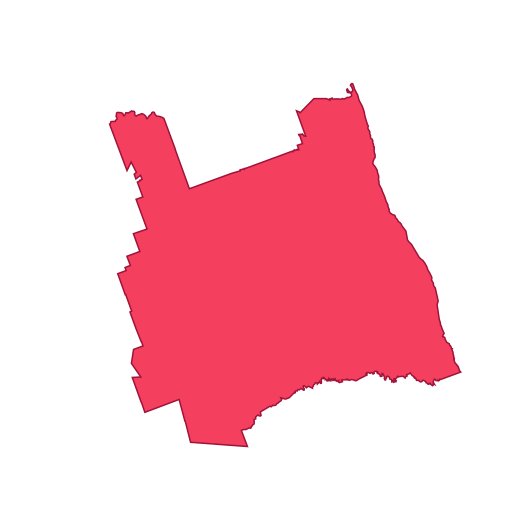 outline of Colón, Córdoba, Argentina, rotated 160°
{"feature_id": "61730980B91207709402211", "entity_name": "Colón", "entity_type": "district", "adm_level": 2, "iso_a3": "ARG", "parent_name": "Argentina", "parent_adm1": "Córdoba", "projection": "equal_earth", "projection_center": [-64.251, -31.181], "detail": "fine", "context": "isolated", "style": "filled", "palette": "rose", "viewbox_px": 512, "rotation_deg": 160, "n_neighbors": 0, "source": "geoboundaries", "source_scale": "gbopen_adm2", "svg_char_len": 6043}
<svg xmlns="http://www.w3.org/2000/svg" viewBox="0 0 512 512"><g transform="rotate(160 256 256)"><path d="M108.9,384.0L108.3,382.2L108.2,378.8L109.7,377.5L110.8,377.2L111.9,378.5L112.6,379.7L112.9,381.7L113.6,381.6L114.0,381.2L114.1,378.4L111.7,377.1L111.2,376.5L111.1,375.9L111.0,374.8L111.4,373.8L113.1,373.3L114.7,373.3L116.0,373.8L119.6,373.3L120.8,374.4L122.9,374.3L124.3,375.2L130.5,377.4L130.4,378.3L133.2,378.4L133.2,377.2L136.2,379.9L147.7,384.1L165.6,375.5L166.0,376.6L168.3,378.6L168.3,351.6L169.9,352.5L170.6,354.8L171.5,354.7L174.3,355.6L174.3,354.4L174.8,354.2L173.7,354.5L173.9,345.7L179.3,345.9L179.4,341.2L179.9,341.2L179.9,341.8L181.0,342.1L181.1,341.6L183.0,342.2L183.3,341.9L183.8,342.6L185.6,341.3L186.0,342.1L235.0,341.9L237.1,342.2L237.4,341.4L238.4,342.1L241.6,342.4L241.8,341.4L250.3,342.0L295.6,342.0L295.5,383.0L295.3,384.0L295.5,416.8L296.0,417.0L296.4,418.1L299.3,420.4L301.6,421.5L302.5,424.1L302.4,425.6L303.5,426.5L304.9,426.3L305.7,425.3L308.9,424.0L311.0,422.3L311.7,422.4L311.8,425.3L313.1,427.5L314.5,428.8L319.6,428.8L320.3,428.3L321.0,428.8L321.5,429.4L321.5,430.6L320.8,432.3L320.9,433.3L321.6,434.0L322.7,434.1L323.3,434.9L326.8,434.1L329.4,435.1L331.0,433.3L332.2,433.0L332.5,433.3L332.4,435.5L332.7,435.8L333.9,436.9L337.0,438.3L338.2,438.0L339.3,435.5L339.6,435.4L339.7,434.5L339.4,433.4L339.7,432.2L341.5,431.5L342.1,430.7L346.3,431.9L347.6,430.2L348.5,430.0L348.0,380.4L341.2,387.0L339.8,375.5L342.5,374.5L342.5,369.5L336.9,371.3L336.9,366.9L339.6,366.9L339.6,366.0L342.2,366.0L342.2,350.2L349.3,350.3L349.2,318.6L363.6,318.9L363.6,300.0L377.4,299.9L377.3,290.1L383.0,290.0L383.0,286.7L392.0,286.7L392.1,264.3L391.6,264.3L391.7,246.7L393.6,246.5L393.6,229.6L393.2,214.9L392.9,214.8L393.0,210.1L403.0,210.1L409.8,197.7L405.6,181.7L413.8,184.2L413.9,157.9L413.7,157.6L413.9,147.1L377.3,147.5L379.3,125.1L379.0,124.8L381.2,103.3L329.2,79.9L329.4,97.1L327.2,97.2L324.8,96.4L321.4,96.8L319.9,96.0L319.2,96.5L318.9,97.3L318.0,97.5L317.1,98.3L315.6,98.6L314.7,99.7L314.6,100.8L314.2,101.1L314.1,102.1L313.6,103.1L312.0,103.0L311.3,105.0L308.6,105.9L307.9,104.9L306.7,104.1L305.8,104.4L305.2,108.0L294.2,110.1L293.4,109.1L291.1,110.0L290.4,109.3L288.4,109.1L286.7,110.3L286.0,110.1L283.5,111.2L282.2,111.3L280.9,112.4L281.2,114.3L277.4,111.5L275.7,111.4L273.1,111.5L266.6,114.6L266.4,114.0L266.0,114.0L265.7,114.3L266.0,115.1L265.8,115.4L264.4,115.7L263.6,115.0L262.3,116.1L261.1,115.4L259.0,116.1L257.1,113.6L256.5,113.6L256.1,114.8L256.4,116.9L255.7,117.8L254.8,117.5L253.7,114.9L251.9,115.6L251.0,115.4L248.2,112.5L248.1,113.3L247.1,113.7L245.9,115.2L244.3,115.7L243.7,116.5L241.5,115.7L241.5,115.3L242.1,115.2L242.2,114.6L240.5,115.5L239.8,115.3L239.7,115.8L239.0,116.3L238.8,114.2L238.1,114.1L237.4,115.6L237.0,117.9L236.6,118.2L236.4,118.0L235.8,118.6L235.0,117.8L234.2,118.9L233.6,118.4L233.8,117.6L233.0,116.8L233.2,116.1L232.6,116.3L231.7,115.1L232.1,114.6L232.0,114.3L230.2,113.9L230.1,114.7L230.4,115.3L230.0,115.5L229.2,114.2L229.1,115.6L228.3,114.1L228.0,114.5L227.5,114.0L226.9,114.6L226.6,114.4L226.9,113.2L225.8,113.9L225.9,113.0L225.2,112.3L224.8,112.4L225.0,113.0L224.2,113.4L224.2,112.9L223.8,113.1L224.0,112.6L223.3,110.9L222.7,111.2L222.1,110.5L220.9,110.8L221.6,109.4L220.9,108.5L217.8,108.3L218.0,110.0L217.5,110.4L216.7,109.8L214.5,109.1L213.6,109.3L213.0,108.4L212.2,109.0L211.0,107.3L208.4,107.2L205.7,105.5L205.7,105.1L204.2,104.5L202.1,105.1L192.6,106.2L193.1,107.7L192.8,107.9L192.2,106.9L192.0,107.4L192.3,108.1L191.7,108.5L190.1,108.0L189.0,106.7L187.4,107.1L186.9,106.8L186.6,105.3L186.0,105.0L185.0,105.3L184.8,106.5L184.1,106.9L182.4,106.6L181.3,105.5L181.2,105.2L182.2,104.9L182.0,104.2L180.1,102.3L180.4,100.6L179.8,100.0L178.8,99.9L177.7,102.5L177.1,102.1L176.7,99.1L176.8,97.7L177.4,96.9L177.2,95.3L176.6,95.2L175.9,96.3L174.9,96.9L174.6,98.0L173.3,98.1L172.3,96.8L172.3,94.4L171.2,93.7L170.8,92.8L171.5,91.3L170.4,91.1L170.2,91.8L169.8,91.8L169.6,91.5L170.0,90.9L169.9,90.2L168.0,90.4L167.5,90.0L166.8,90.9L167.0,91.3L167.5,91.2L168.0,92.5L168.6,92.4L168.5,93.3L167.9,93.4L167.2,92.8L165.2,93.5L164.0,94.5L163.4,93.6L163.0,93.8L158.9,92.7L157.6,90.3L156.5,91.4L155.0,91.6L155.3,92.7L155.1,93.0L152.2,92.9L151.0,93.4L150.2,90.3L149.3,89.3L149.2,88.4L148.5,88.1L148.8,87.1L147.8,86.4L147.7,84.3L145.8,83.5L144.7,81.5L143.3,81.2L141.7,82.2L141.1,81.9L139.6,80.1L139.4,79.7L139.6,78.8L138.4,77.6L138.3,76.9L137.5,76.3L137.0,77.0L135.9,76.9L135.8,75.7L134.4,73.7L133.9,73.8L133.1,75.4L132.2,74.3L132.6,77.2L130.4,79.3L130.0,79.1L129.4,77.2L127.8,77.2L127.7,76.4L127.5,76.2L126.4,76.4L125.7,77.4L124.8,76.8L103.3,76.9L104.0,78.9L103.8,82.3L104.0,83.7L104.5,84.2L104.5,85.4L105.5,87.1L105.5,90.3L104.7,91.8L104.7,92.4L105.0,92.3L104.7,93.0L104.9,93.6L104.3,94.6L104.4,95.9L103.8,98.4L103.9,101.1L103.3,101.7L103.9,102.0L103.8,103.8L104.0,105.3L104.5,105.7L104.4,107.4L106.3,109.7L106.7,113.1L106.5,114.9L107.3,115.8L107.9,116.0L108.0,116.5L107.6,116.6L107.3,117.9L105.7,118.8L106.0,123.6L105.9,127.1L106.3,127.9L105.7,129.4L105.4,134.1L102.5,148.3L100.2,151.4L98.5,164.4L98.6,165.4L99.3,166.9L98.7,169.8L99.2,173.4L98.1,175.6L98.5,180.2L99.3,184.3L99.2,187.9L99.8,191.6L100.8,194.9L101.8,196.2L103.1,198.9L105.9,213.7L107.5,217.1L108.1,219.3L106.6,228.1L108.5,234.2L108.7,236.5L109.1,237.7L110.5,239.9L110.6,241.6L111.8,244.3L111.5,245.5L111.7,246.8L113.7,248.4L115.2,250.6L115.6,252.8L114.9,254.1L115.1,256.9L114.6,258.6L115.0,263.0L114.8,267.5L115.2,274.5L115.0,275.2L115.8,281.3L114.9,284.2L114.8,286.0L113.8,287.8L113.3,289.7L113.3,292.5L112.8,295.4L113.5,299.1L114.6,302.3L114.3,303.7L113.4,305.0L111.9,306.8L110.4,307.8L109.4,310.6L109.5,312.3L109.1,314.3L107.8,317.3L107.6,318.3L108.0,318.8L107.9,319.3L107.4,320.9L107.6,322.3L106.8,324.7L106.9,325.9L107.9,327.4L107.6,329.2L107.2,330.0L107.4,332.0L106.8,332.8L106.6,334.9L107.0,335.3L107.2,338.1L106.0,339.7L106.3,341.6L105.9,349.1L105.0,354.9L104.9,360.2L105.9,366.9L105.4,372.6L106.3,378.9L106.1,384.0L106.3,384.8L106.9,385.3L108.3,384.8L108.9,384.0Z" fill="#f43f5e" stroke="#9f1239" stroke-width="1.5"/></g></svg>